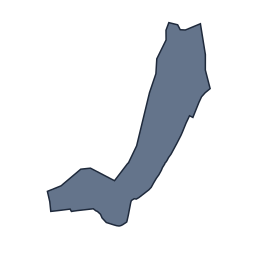 outline of Conway, Castries, Saint Lucia, rotated 257°
{"feature_id": "8701671B31601381418998", "entity_name": "Conway", "entity_type": "district", "adm_level": 2, "iso_a3": "LCA", "parent_name": "Saint Lucia", "parent_adm1": "Castries", "projection": "mercator", "projection_center": [-60.991, 14.014], "detail": "fine", "context": "isolated", "style": "filled", "palette": "slate", "viewbox_px": 256, "rotation_deg": 257, "n_neighbors": 0, "source": "geoboundaries", "source_scale": "gbopen_adm2", "svg_char_len": 1112}
<svg xmlns="http://www.w3.org/2000/svg" viewBox="0 0 256 256"><g transform="rotate(257 128 128)"><path d="M93.6,119.8L83.9,108.1L79.7,103.0L83.0,99.1L97.3,82.4L97.7,79.4L98.5,72.7L86.7,49.7L84.4,35.2L74.6,35.2L73.8,35.2L64.1,34.0L63.1,42.6L62.0,53.4L60.4,53.8L59.4,54.1L59.3,55.9L58.9,60.3L58.8,61.1L57.5,72.5L57.3,74.1L57.1,76.0L54.6,78.0L53.6,79.4L50.1,81.8L46.2,82.5L40.8,85.6L36.9,92.2L35.4,94.9L34.5,97.3L34.5,98.4L34.5,99.0L34.9,100.9L35.7,103.0L35.9,103.6L36.7,105.6L38.0,106.3L43.0,108.7L55.0,114.0L56.6,115.0L57.7,118.1L56.9,120.1L57.7,122.8L61.1,130.2L63.1,134.5L65.0,137.3L68.5,140.4L72.7,144.4L75.4,147.5L79.3,151.0L81.6,152.6L84.7,155.7L85.5,156.1L86.1,157.1L87.0,158.1L87.8,158.9L88.6,159.6L89.7,160.5L90.3,161.1L92.8,164.0L102.1,172.2L109.1,178.1L111.8,180.1L119.5,185.5L126.1,190.7L123.7,193.6L136.9,202.8L141.9,206.7L145.0,211.1L147.9,216.9L167.1,216.4L182.1,219.9L210.4,221.8L213.3,222.0L210.6,205.9L212.0,201.0L217.4,199.6L221.5,191.5L214.7,187.0L205.2,184.9L188.9,171.6L174.6,167.4L157.6,156.9L108.7,132.4L93.8,120.5L93.6,119.8Z" fill="#64748b" stroke="#1e293b" stroke-width="1.5"/></g></svg>